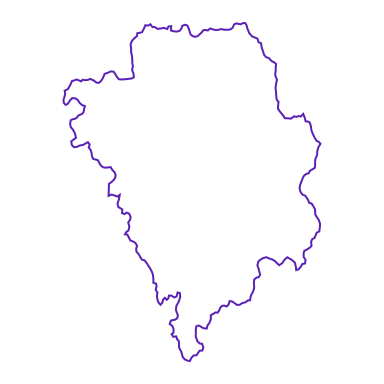 Esmeraldas, Minas Gerais, Brazil (Equal Earth projection)
{"feature_id": "56859067B18719992311576", "entity_name": "Esmeraldas", "entity_type": "district", "adm_level": 2, "iso_a3": "BRA", "parent_name": "Brazil", "parent_adm1": "Minas Gerais", "projection": "equal_earth", "projection_center": [-44.321, -19.761], "detail": "fine", "context": "isolated", "style": "outline", "palette": "violet", "viewbox_px": 384, "rotation_deg": 0, "n_neighbors": 0, "source": "geoboundaries", "source_scale": "gbopen_adm2", "svg_char_len": 4814}
<svg xmlns="http://www.w3.org/2000/svg" viewBox="0 0 384 384"><path d="M300.9,266.7L302.3,264.0L305.0,263.5L305.6,259.9L303.7,257.0L303.6,253.7L304.2,251.0L307.6,249.1L310.0,247.5L311.5,245.9L311.1,241.6L312.3,239.1L314.5,238.0L315.5,235.6L316.7,232.7L319.3,231.4L319.8,227.5L320.1,223.9L318.7,219.9L317.0,217.4L315.3,214.5L315.0,209.1L313.3,206.2L311.6,203.5L309.2,202.9L307.9,199.6L305.4,195.9L302.1,194.3L300.3,191.4L299.6,188.1L300.2,184.5L301.6,181.2L302.8,177.9L304.2,175.5L306.4,173.9L308.7,173.3L309.7,171.0L312.2,169.4L314.8,167.9L315.1,165.1L315.1,162.1L315.3,159.3L317.2,154.6L317.2,151.4L318.3,147.4L320.5,143.8L318.6,141.7L316.7,141.0L314.9,138.1L312.6,133.5L311.4,130.1L310.9,126.0L309.6,122.4L307.8,121.5L305.6,121.4L304.8,117.9L303.2,113.9L300.9,116.5L298.5,116.1L296.4,116.9L294.0,116.3L291.1,118.6L287.3,118.3L284.9,118.2L283.4,115.9L281.7,113.7L279.7,111.3L278.0,108.7L278.2,104.9L278.5,101.8L276.8,99.9L276.2,95.9L276.0,91.7L275.5,87.8L276.2,83.2L277.0,79.6L275.6,76.6L275.2,74.0L275.7,71.0L275.7,67.1L276.1,64.0L274.3,62.4L272.0,61.3L270.3,59.8L268.8,58.0L266.1,57.2L264.0,54.6L262.8,50.7L261.7,47.6L261.1,43.3L258.5,42.1L257.5,38.7L255.1,37.6L252.1,36.4L249.2,33.1L247.4,28.5L246.5,25.2L245.2,23.0L242.8,23.2L240.7,24.3L238.5,23.9L236.5,23.4L234.2,24.3L232.6,27.8L230.6,29.3L227.8,29.8L224.3,29.7L221.3,29.1L218.6,29.7L216.2,30.1L213.2,29.5L210.2,28.4L207.8,30.5L205.3,29.9L203.3,30.3L201.6,32.5L199.6,34.3L197.3,36.4L194.5,36.8L192.2,35.8L190.5,34.3L189.5,31.0L188.3,27.4L187.0,25.3L184.5,24.8L182.3,25.9L181.4,28.6L179.6,30.8L176.8,31.6L173.8,31.3L171.0,30.5L171.2,26.2L168.5,26.5L167.3,29.0L164.0,27.9L160.8,28.5L157.6,28.9L154.8,27.1L152.4,27.0L150.4,24.3L148.0,25.6L145.4,25.2L144.1,28.2L142.1,32.1L139.5,32.9L137.3,33.2L137.0,36.0L134.6,38.1L132.2,40.5L130.6,43.9L131.1,48.6L131.2,52.7L132.0,56.0L132.3,59.5L132.3,63.2L132.9,65.8L132.1,70.0L133.5,73.5L133.9,77.2L131.6,78.5L128.9,78.8L126.0,79.2L123.7,79.3L121.6,79.5L118.8,79.2L117.0,77.1L115.3,74.0L113.6,71.7L110.9,71.4L108.0,72.7L104.6,73.9L102.8,78.3L101.0,81.0L99.0,82.8L96.4,82.6L93.6,80.4L90.2,78.9L87.8,79.9L84.7,80.2L82.7,79.7L81.0,81.4L79.2,80.5L76.6,79.5L74.1,80.5L72.0,81.0L70.8,83.8L69.7,86.0L68.0,89.0L64.7,90.7L65.2,93.8L64.5,96.6L63.5,99.9L63.8,102.9L65.7,104.9L67.9,103.7L70.0,100.3L72.1,98.2L75.4,98.3L77.8,100.0L79.8,103.1L82.1,105.1L85.0,106.1L84.1,108.6L83.7,111.8L82.3,113.8L80.3,114.7L78.3,115.5L76.8,117.7L74.8,118.9L72.5,119.3L70.7,120.3L70.1,123.9L70.8,127.2L72.9,129.6L75.0,133.5L76.0,137.9L73.7,139.4L71.2,141.5L71.9,145.1L73.8,147.1L76.5,147.0L80.0,145.4L82.9,145.0L85.7,143.4L87.9,142.2L89.7,144.4L88.7,147.4L90.7,150.1L91.6,153.0L92.0,156.3L93.1,158.8L95.3,159.5L97.8,160.1L99.1,162.4L100.2,164.6L101.7,166.3L103.5,167.4L105.5,167.7L108.2,167.4L110.6,167.1L112.6,170.3L114.7,172.3L115.6,175.1L115.1,178.0L113.2,180.5L111.0,182.4L108.9,184.0L108.9,187.3L108.7,191.7L108.6,195.9L111.3,194.6L114.1,195.3L117.2,196.6L119.7,194.9L119.0,199.1L117.5,203.7L118.4,207.1L120.2,208.1L122.3,209.5L122.1,213.2L124.6,214.1L126.5,212.6L129.1,213.6L130.6,216.9L130.2,219.5L128.2,222.5L129.4,226.8L128.4,230.6L126.3,232.0L125.0,234.3L127.4,234.7L128.8,237.3L130.2,240.3L132.6,241.3L135.4,242.9L137.1,245.9L136.2,248.4L136.4,251.7L138.8,254.3L140.3,257.2L142.0,259.7L144.5,260.3L146.5,262.8L148.3,265.6L150.2,268.5L151.7,271.4L152.7,274.0L153.4,278.3L153.4,282.8L156.1,283.6L156.6,286.2L155.7,289.5L157.4,292.7L156.9,296.0L157.4,299.4L158.4,302.3L160.5,304.8L162.4,302.7L162.9,300.0L164.8,297.8L166.8,299.8L168.4,298.2L168.9,295.6L171.3,295.6L174.2,297.4L176.5,296.5L177.6,292.5L179.9,293.1L180.2,297.0L178.7,301.8L176.4,305.8L175.9,309.9L176.9,312.9L177.9,315.2L177.3,318.0L175.4,319.6L173.2,320.0L170.9,320.6L169.7,324.1L172.2,325.8L173.6,329.0L173.4,332.8L171.6,334.2L173.3,336.8L176.2,336.4L177.2,339.4L178.8,341.0L179.0,344.4L179.1,347.8L180.8,350.7L181.8,353.5L182.8,357.2L185.1,359.6L187.8,360.7L189.9,361.0L191.5,357.7L193.6,355.5L196.5,355.2L199.5,350.8L202.4,350.5L203.3,347.3L202.1,343.8L200.0,343.6L197.4,341.3L195.7,336.3L195.9,332.7L195.8,329.5L196.3,326.3L198.4,325.5L200.3,326.3L203.1,328.1L206.7,328.6L207.6,325.3L209.3,323.2L210.9,319.0L210.8,315.2L213.5,313.7L215.6,312.4L217.6,312.7L219.2,310.4L220.3,307.7L222.1,305.8L224.2,305.6L226.6,306.5L228.4,304.8L229.7,301.0L232.5,301.6L234.8,303.3L236.9,304.9L239.7,304.8L242.2,303.1L245.1,302.4L248.1,300.4L250.1,300.3L250.4,297.8L251.1,295.1L252.5,292.8L253.6,290.1L254.2,287.3L253.9,283.0L254.2,279.5L256.5,277.6L258.7,277.2L260.2,274.6L259.3,271.6L258.7,269.0L257.4,265.4L258.4,261.5L260.5,259.6L263.4,258.0L266.4,257.2L269.6,258.6L272.4,259.5L275.1,261.2L276.6,262.8L279.2,265.2L282.2,263.2L284.7,259.5L287.3,257.3L289.4,258.5L291.6,259.7L294.9,262.6L295.9,267.1L296.2,270.1L298.4,269.4L300.9,266.7Z" fill="none" stroke="#5b21b6" stroke-width="2"/></svg>